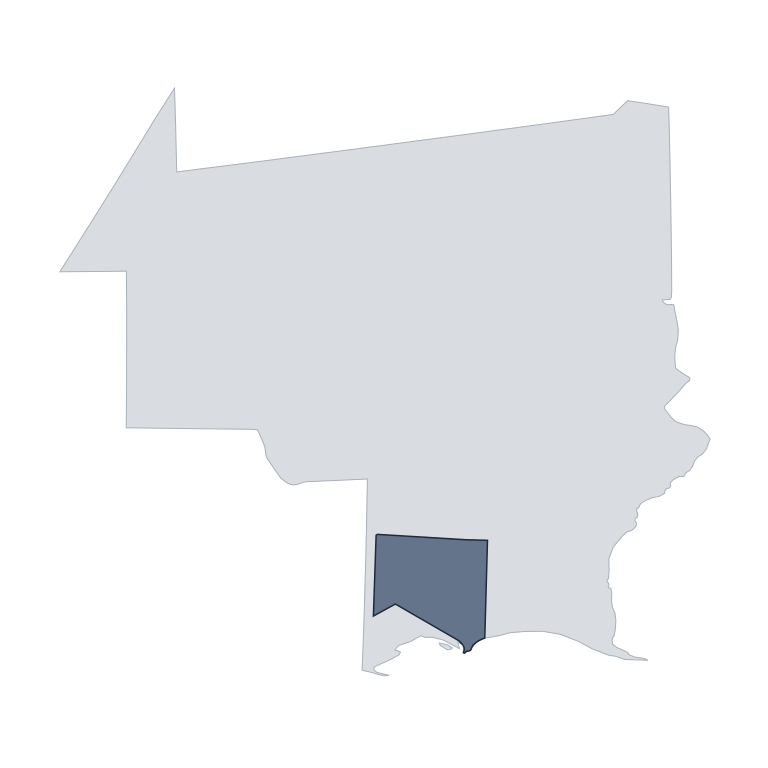 Inchiri highlighted on a map of Mauritania, rotated 272°
{"feature_id": "MRT-2786", "entity_name": "Inchiri", "entity_type": "Region", "adm_level": 1, "iso_a3": "MRT", "parent_name": "Mauritania", "parent_adm1": "", "projection": "albers", "projection_center": [-15.985, 20.073], "detail": "fine", "context": "in_parent", "style": "filled", "palette": "slate", "viewbox_px": 768, "rotation_deg": 272, "n_neighbors": 0, "source": "natural_earth", "source_scale": "10m", "svg_char_len": 3817}
<svg xmlns="http://www.w3.org/2000/svg" viewBox="0 0 768 768"><g transform="rotate(272 384 384)"><path d="M331.6,708.8L330.5,708.5L325.1,704.8L322.4,700.5L318.1,697.2L312.2,695.1L308.4,692.6L306.5,689.8L304.4,687.9L302.1,687.0L301.8,686.0L302.3,684.5L301.7,681.9L298.2,676.1L295.0,673.5L292.3,674.0L290.7,673.3L289.7,672.0L289.3,670.1L287.4,668.5L284.2,667.9L281.6,663.6L279.5,655.7L276.8,649.5L273.7,645.1L271.4,643.5L269.8,643.2L269.2,642.5L268.7,641.3L266.3,640.8L262.9,642.2L259.8,641.8L258.3,639.7L256.2,639.5L253.6,641.3L250.6,640.8L247.4,638.0L245.6,635.2L245.2,632.4L239.6,626.9L228.8,618.7L217.1,614.8L204.5,615.5L197.4,615.1L195.8,613.8L194.3,613.9L192.7,615.4L191.1,615.8L189.3,615.0L188.2,615.6L187.8,617.8L183.3,618.9L174.9,618.9L168.1,620.3L162.9,622.9L155.5,624.0L146.0,623.7L140.2,622.7L138.3,621.2L135.5,620.8L132.0,621.6L128.8,625.8L126.0,633.2L123.7,637.5L121.9,638.5L119.9,644.1L118.8,653.4L117.1,657.5L117.1,634.3L119.9,625.6L120.8,617.9L126.7,601.1L133.6,587.3L140.0,568.9L142.4,551.2L141.6,533.7L139.8,518.2L136.5,508.0L133.5,493.2L128.9,485.3L120.6,478.5L118.7,474.5L120.7,473.0L125.7,472.0L129.0,466.7L122.1,468.7L130.1,452.4L132.6,441.3L132.2,434.0L133.7,429.5L127.7,419.7L123.0,407.4L120.6,405.5L118.2,404.4L117.9,407.3L116.6,409.9L113.7,408.3L108.5,399.4L101.4,384.8L98.9,383.3L96.8,385.2L95.5,387.1L93.0,399.3L92.3,394.4L93.4,388.8L95.2,381.8L97.2,372.1L103.4,372.1L114.5,372.2L136.8,372.2L147.9,372.2L170.1,372.1L181.2,372.0L203.4,371.9L214.5,371.8L236.7,371.5L247.8,371.4L270.1,371.0L281.2,370.9L288.5,370.7L287.9,363.8L287.5,358.4L286.9,351.0L286.3,343.7L285.7,336.4L285.2,329.5L284.6,322.6L284.1,316.2L283.7,310.4L283.0,307.0L280.5,300.4L280.0,297.1L280.5,293.6L282.0,290.3L286.2,284.2L292.6,279.4L300.0,273.9L305.6,269.7L308.5,268.6L317.4,267.0L324.4,263.8L331.1,260.6L333.9,258.9L334.1,253.2L331.2,127.9L364.5,127.1L373.2,126.8L434.5,124.8L443.2,124.5L487.8,122.6L487.5,116.8L487.1,108.3L486.6,96.7L486.1,85.1L485.2,64.6L484.8,56.1L493.8,61.4L511.9,72.0L520.9,77.2L539.0,87.8L557.2,98.3L575.4,108.8L584.6,114.0L593.7,119.2L602.9,124.4L612.1,129.6L630.4,139.9L638.1,144.2L650.0,151.2L661.1,157.7L672.3,164.3L655.8,165.4L633.7,166.8L618.6,167.7L603.2,168.6L588.7,169.5L590.6,181.2L592.7,194.0L594.8,206.8L596.8,219.6L598.9,232.4L605.2,270.8L607.3,283.6L609.4,296.4L611.6,309.2L613.7,322.1L617.9,347.7L620.1,360.5L622.2,373.4L624.4,386.2L626.5,399.0L628.7,411.8L633.0,437.5L635.1,450.3L637.3,463.1L639.5,476.0L641.7,488.8L643.8,501.6L646.0,514.4L648.2,527.2L652.6,552.8L654.8,565.6L657.0,578.4L659.3,591.2L661.4,603.6L667.7,609.8L675.7,617.6L674.3,629.4L672.6,643.5L670.7,658.8L649.8,660.1L629.4,661.3L578.2,664.1L568.0,664.6L516.8,667.1L506.5,667.5L486.8,668.3L480.9,668.2L478.7,667.1L477.7,659.3L475.9,659.9L474.0,662.3L473.0,664.8L473.5,668.1L473.3,670.8L466.7,672.2L457.9,674.4L448.6,676.2L439.1,676.0L435.9,675.5L432.4,674.5L424.8,673.7L420.7,673.7L416.1,674.1L410.5,674.9L408.8,676.4L404.8,682.4L401.0,689.3L398.3,689.4L395.2,685.7L386.9,678.9L376.8,670.0L372.1,665.5L369.7,665.0L365.1,668.4L361.2,671.7L357.1,676.3L355.3,680.6L353.9,685.7L353.3,691.7L352.0,698.7L348.7,704.4L344.7,708.8L341.7,710.8L340.6,711.9L331.6,708.8ZM125.7,456.6L122.5,461.6L121.1,459.7L120.6,456.4L123.4,451.6L124.7,449.2L127.1,448.3L125.7,456.6Z" fill="#d9dde1" stroke="#a8b0b8" stroke-width="1"/><path d="M133.6,493.6L132.2,490.2L130.1,486.6L127.2,483.2L126.2,482.3L126.0,482.2L125.9,481.8L125.5,481.7L125.0,481.7L124.6,481.4L123.7,480.9L121.8,480.3L121.0,479.8L120.6,479.2L119.8,477.0L119.7,476.1L119.2,475.1L118.2,474.3L117.7,473.5L118.4,472.7L121.2,473.5L123.9,473.1L126.3,471.7L128.1,469.5L128.3,469.8L130.1,467.6L132.8,462.6L164.5,403.0L151.7,381.5L232.6,381.4L233.5,382.7L231.2,470.6L231.3,478.5L231.4,492.9L229.4,492.9L133.6,493.6Z" fill="#64748b" stroke="#1e293b" stroke-width="1.5"/></g></svg>